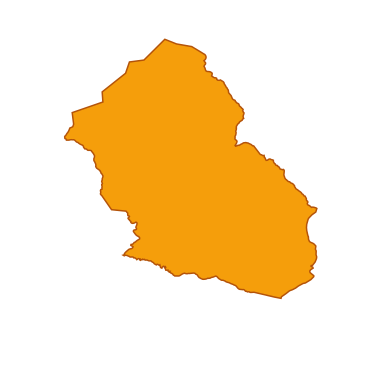 Porto Walter, Acre, Brazil (Robinson projection), rotated 233°
{"feature_id": "56859067B75974716553917", "entity_name": "Porto Walter", "entity_type": "district", "adm_level": 2, "iso_a3": "BRA", "parent_name": "Brazil", "parent_adm1": "Acre", "projection": "robinson", "projection_center": [-72.774, -8.451], "detail": "fine", "context": "isolated", "style": "filled", "palette": "amber", "viewbox_px": 384, "rotation_deg": 233, "n_neighbors": 0, "source": "geoboundaries", "source_scale": "gbopen_adm2", "svg_char_len": 6109}
<svg xmlns="http://www.w3.org/2000/svg" viewBox="0 0 384 384"><g transform="rotate(233 192 192)"><path d="M182.6,100.1L181.3,100.9L180.5,101.9L179.4,102.4L178.5,103.0L177.4,103.4L176.7,104.2L176.3,105.0L175.5,105.8L174.5,105.8L174.0,106.5L173.2,107.0L172.5,107.2L171.2,107.2L171.2,108.3L171.1,109.1L169.8,110.2L169.3,109.4L168.4,109.8L168.6,110.7L167.9,111.3L168.1,112.1L167.0,112.8L166.7,113.6L166.0,113.5L165.4,114.1L164.8,115.1L163.9,115.6L162.8,116.3L161.8,117.7L160.6,117.9L158.8,118.7L157.4,118.7L156.7,119.0L155.9,119.3L155.2,119.7L155.3,120.7L154.5,121.2L153.3,121.7L153.2,122.5L150.7,121.5L150.0,121.7L149.3,122.1L149.9,123.0L150.0,123.9L149.7,124.8L148.7,124.7L148.5,125.8L147.7,125.7L147.7,124.6L146.6,124.5L145.4,124.0L144.7,124.8L144.0,125.8L143.4,125.3L142.5,125.7L141.9,126.5L141.7,125.7L140.8,126.2L139.9,126.4L138.8,127.0L137.9,127.2L136.9,127.1L136.1,127.5L135.3,127.7L134.8,128.4L133.1,130.6L132.6,131.6L132.3,135.4L131.7,137.1L130.6,137.9L130.1,138.4L129.6,139.0L129.2,140.0L128.6,140.7L126.3,144.5L125.3,145.4L124.3,145.5L123.6,145.9L122.6,146.3L120.8,146.1L119.3,146.2L118.3,146.8L117.6,147.0L115.9,148.0L115.4,148.6L114.4,150.2L113.9,151.4L113.7,152.5L113.1,153.3L112.3,154.6L112.2,155.4L112.0,156.3L111.4,157.5L110.6,160.3L109.8,160.9L108.7,161.1L106.9,161.2L103.9,162.4L102.8,163.7L102.0,164.2L101.2,164.7L100.2,165.0L99.1,165.6L97.0,167.2L95.6,167.8L93.6,169.1L92.6,169.5L91.4,170.3L90.1,170.7L88.1,170.7L86.7,170.9L85.7,171.4L84.2,173.0L83.6,173.6L83.0,174.5L82.2,174.9L80.6,175.0L79.9,175.8L78.9,176.1L78.4,177.0L77.7,177.7L77.0,177.9L76.4,178.5L74.6,181.2L58.6,194.5L53.5,199.1L54.5,200.5L54.3,206.4L54.4,210.5L53.5,213.5L52.9,217.0L52.9,220.5L52.1,225.7L51.1,227.8L50.6,232.9L50.5,234.3L51.1,238.3L51.9,238.9L56.5,237.8L58.0,238.4L58.5,240.0L58.3,242.9L59.2,243.2L60.9,242.3L61.5,242.9L60.9,244.1L62.0,248.2L63.8,251.2L65.1,252.5L67.4,253.4L70.2,255.7L72.0,256.1L74.3,258.4L76.8,258.2L78.3,257.7L80.7,256.3L82.1,256.1L84.1,256.6L86.2,258.0L87.5,258.3L92.1,260.4L94.7,262.0L97.2,264.2L100.4,268.4L100.9,269.6L101.6,274.1L101.5,278.8L103.7,281.8L104.6,281.5L106.4,280.2L107.3,279.3L107.8,278.2L110.5,277.6L111.5,276.9L112.7,276.8L113.5,277.2L114.2,278.5L115.3,278.7L116.0,278.4L117.1,278.7L118.0,279.4L120.7,279.8L121.3,279.2L123.3,279.2L124.5,278.7L125.4,278.9L126.6,278.7L127.9,278.3L129.0,277.9L130.1,277.7L131.3,277.2L132.3,276.9L133.4,277.2L134.5,277.1L135.4,277.7L137.6,277.5L138.5,277.2L139.5,276.5L141.4,276.1L142.2,275.4L142.9,275.1L144.9,274.8L145.9,274.5L147.0,274.5L150.3,275.6L151.3,276.5L153.0,278.1L153.9,278.7L155.0,278.6L155.4,277.6L156.0,277.3L156.6,276.7L157.5,276.2L158.9,276.5L159.9,276.5L160.7,276.0L161.7,276.2L162.4,275.5L163.2,275.1L164.2,275.4L165.1,275.1L166.3,275.1L167.4,275.4L168.4,276.1L169.5,275.4L170.3,274.7L171.4,274.2L171.9,273.4L172.0,272.5L172.0,271.4L172.6,270.3L173.8,270.4L175.0,270.9L176.1,270.6L176.9,271.2L177.9,271.6L178.2,270.8L178.8,270.2L179.6,270.1L180.8,269.2L181.5,269.1L191.7,269.0L192.4,268.2L193.5,268.0L194.4,267.8L196.2,266.8L197.5,266.2L198.2,265.4L199.1,264.8L199.5,263.9L200.0,263.3L200.3,262.5L200.4,261.0L200.7,259.9L200.9,257.7L201.6,257.0L201.8,255.9L202.3,254.4L203.2,254.4L203.8,256.1L204.4,257.2L205.2,258.3L206.1,258.6L208.0,258.2L208.7,258.3L209.4,259.1L210.1,259.4L210.7,260.1L211.0,260.9L211.8,261.9L212.8,262.9L214.4,263.6L215.0,264.7L215.8,265.6L216.5,265.7L216.9,266.4L217.7,266.9L218.5,268.9L218.8,270.0L218.8,271.2L219.3,272.0L219.3,273.4L219.1,275.2L219.7,276.2L219.6,277.5L220.6,277.8L221.6,278.3L222.4,279.2L223.3,280.6L224.1,281.2L225.0,281.0L225.6,281.3L226.4,281.3L227.0,282.4L228.1,282.5L229.2,282.1L229.9,282.2L232.1,281.7L234.0,282.3L234.9,282.1L236.1,281.4L237.2,281.4L238.1,281.1L238.9,281.5L239.7,281.4L240.4,280.8L241.2,280.5L242.2,280.4L245.4,281.2L249.2,281.0L251.5,282.3L252.6,282.3L254.3,282.6L255.6,282.4L256.5,282.7L259.2,282.9L260.2,283.4L261.3,283.3L262.3,283.0L262.9,282.6L263.7,282.4L264.4,282.1L264.7,281.1L265.7,279.9L267.0,279.5L267.9,280.1L268.8,279.8L269.8,278.6L270.7,278.2L272.9,277.5L273.5,278.5L274.7,279.6L275.7,279.4L276.6,279.1L277.6,278.4L279.3,276.5L280.1,276.1L281.3,276.2L282.8,276.8L283.9,277.1L285.1,277.2L285.7,278.2L285.9,279.2L286.2,280.0L287.1,280.6L288.4,280.5L289.7,280.6L289.8,282.1L290.2,283.2L291.0,284.2L291.8,284.7L292.8,285.0L294.0,285.0L308.3,279.3L319.6,268.7L330.3,262.2L326.3,233.0L333.5,220.3L326.8,210.4L326.0,180.5L317.5,175.0L327.5,144.1L317.4,138.3L316.3,136.7L315.9,136.0L316.1,134.9L316.6,132.9L315.8,131.7L315.1,130.5L314.2,128.4L314.1,127.6L313.1,125.1L313.1,124.2L312.7,123.5L311.2,122.7L310.0,123.3L309.0,122.9L307.5,124.9L307.0,126.1L306.4,127.1L305.5,128.1L304.9,129.0L304.0,129.5L301.8,129.8L300.8,130.2L300.1,130.8L299.1,130.9L297.4,131.5L295.1,132.8L293.9,132.8L293.2,132.4L291.0,132.3L290.1,133.3L289.4,133.7L288.5,133.7L287.8,134.1L286.7,135.6L285.7,136.4L283.2,136.3L282.4,136.4L279.7,136.0L278.7,135.2L278.1,134.4L277.5,133.5L276.7,133.0L276.0,132.5L274.9,132.5L272.3,131.9L271.3,131.4L270.2,130.4L268.5,130.2L264.6,131.4L263.7,131.1L262.6,131.1L261.9,130.7L260.6,130.9L259.3,130.7L258.5,130.6L257.8,130.0L256.4,128.0L255.6,127.6L255.0,126.4L253.9,125.9L253.2,125.7L252.6,125.5L252.3,124.4L251.5,123.9L250.7,123.7L250.0,122.9L249.3,122.5L248.4,121.7L248.8,120.7L248.4,119.9L247.7,119.4L247.0,119.2L246.2,118.5L245.6,117.7L244.5,117.6L243.5,117.8L226.3,117.1L216.4,127.8L215.0,127.8L213.9,128.0L212.6,127.0L211.7,126.6L211.0,127.2L210.2,127.4L209.8,126.7L209.8,125.6L209.3,125.0L208.4,125.0L207.8,125.5L207.0,125.0L205.2,125.4L204.6,124.9L203.6,125.0L202.6,125.8L202.1,126.8L201.8,127.9L201.8,128.8L201.2,129.4L200.2,129.4L199.0,128.2L198.0,126.4L197.3,125.8L196.2,125.7L195.6,125.1L195.8,124.1L196.5,122.9L196.3,121.9L195.6,121.4L192.2,121.4L191.1,121.5L189.8,121.9L188.4,122.6L186.8,122.6L186.0,121.8L186.3,119.4L186.3,117.9L186.1,116.7L186.5,115.5L186.1,114.1L186.1,113.0L186.8,111.7L186.1,111.0L183.9,112.0L183.2,111.2L183.1,110.0L183.4,109.1L183.8,108.4L184.2,107.0L184.0,103.9L183.8,102.3L183.4,100.9L182.6,100.1ZM182.6,100.1L183.0,99.0L182.0,99.4L182.6,100.1Z" fill="#f59e0b" stroke="#b45309" stroke-width="1.5"/></g></svg>